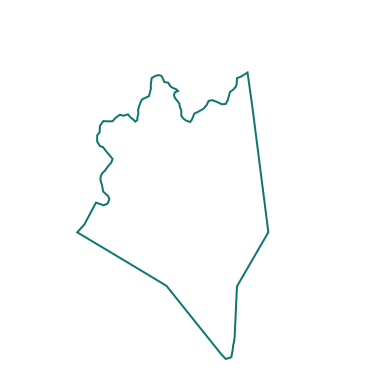 Governador Archer, Maranhão, Brazil, rotated 298°
{"feature_id": "56859067B45377194225928", "entity_name": "Governador Archer", "entity_type": "district", "adm_level": 2, "iso_a3": "BRA", "parent_name": "Brazil", "parent_adm1": "Maranhão", "projection": "albers", "projection_center": [-44.182, -5.001], "detail": "fine", "context": "isolated", "style": "outline", "palette": "teal", "viewbox_px": 384, "rotation_deg": 298, "n_neighbors": 0, "source": "geoboundaries", "source_scale": "gbopen_adm2", "svg_char_len": 1424}
<svg xmlns="http://www.w3.org/2000/svg" viewBox="0 0 384 384"><g transform="rotate(298 192 192)"><path d="M102.5,109.6L99.5,169.0L97.4,208.8L97.2,213.4L62.7,293.5L60.4,300.2L64.6,304.3L70.5,302.4L73.2,301.5L75.7,300.4L78.8,299.6L83.4,298.0L129.8,276.0L192.3,278.3L295.1,205.6L323.6,184.9L320.7,183.3L316.9,181.1L313.7,178.3L308.6,180.6L305.8,181.3L301.9,180.4L298.2,178.6L294.1,179.5L290.2,180.4L285.6,180.4L283.5,177.2L283.3,172.4L282.7,167.0L280.3,163.9L275.7,164.1L270.8,163.0L265.6,159.7L262.3,157.2L259.4,157.6L255.8,157.9L252.9,157.5L252.3,153.0L252.9,149.6L254.1,146.9L256.5,145.6L259.1,144.2L261.3,141.4L264.0,139.5L265.6,136.2L266.7,133.4L268.9,130.6L272.0,130.1L274.6,132.2L275.3,129.1L274.9,126.3L275.3,122.9L277.3,119.8L276.1,115.8L278.7,112.8L280.2,110.4L279.5,107.6L277.6,105.3L273.7,102.9L267.4,105.2L263.9,107.2L256.5,109.0L253.3,106.6L250.5,104.5L247.0,104.5L242.4,105.1L238.8,106.0L236.4,107.7L232.5,108.7L230.0,109.9L227.5,108.8L228.4,106.3L228.9,103.1L230.5,99.0L227.1,95.6L226.4,92.1L223.1,90.4L220.7,89.4L217.2,88.7L215.3,85.3L212.9,80.4L207.1,79.7L201.4,82.4L197.5,81.7L192.1,84.5L189.3,89.2L189.8,92.3L187.7,97.0L183.9,106.4L180.0,106.9L174.6,105.7L170.0,105.1L166.6,104.0L163.2,104.0L160.2,105.2L158.1,106.9L156.3,108.9L153.7,111.0L150.7,113.4L148.9,120.2L146.7,122.4L142.1,122.9L138.7,120.2L138.3,116.5L137.5,112.2L112.5,112.2L102.5,109.6Z" fill="none" stroke="#0f766e" stroke-width="2"/></g></svg>